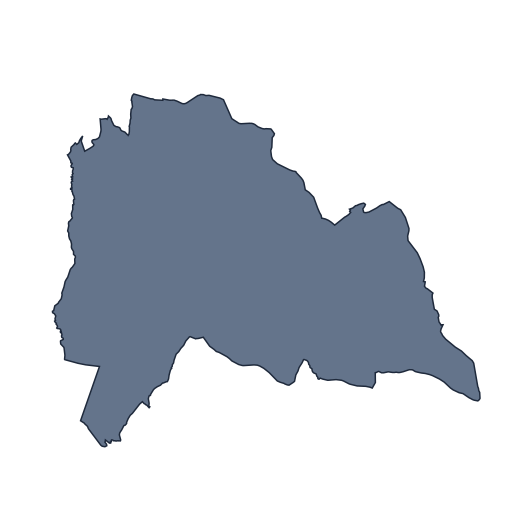 Monor, Bistrita-Nasaud, Romania, rotated 84°
{"feature_id": "2599482B75795302665340", "entity_name": "Monor", "entity_type": "district", "adm_level": 2, "iso_a3": "ROU", "parent_name": "Romania", "parent_adm1": "Bistrita-Nasaud", "projection": "orthographic", "projection_center": [24.705, 46.949], "detail": "fine", "context": "isolated", "style": "filled", "palette": "slate", "viewbox_px": 512, "rotation_deg": 84, "n_neighbors": 0, "source": "geoboundaries", "source_scale": "gbopen_adm2", "svg_char_len": 6090}
<svg xmlns="http://www.w3.org/2000/svg" viewBox="0 0 512 512"><g transform="rotate(84 256 256)"><path d="M392.4,381.2L392.9,380.2L395.7,378.2L395.7,377.9L394.8,377.4L394.4,378.3L391.3,377.7L386.8,378.0L384.9,377.4L383.7,376.7L383.8,376.1L383.3,375.4L382.6,375.3L380.9,374.0L378.3,372.0L377.2,370.7L375.6,367.7L374.5,364.5L372.6,362.3L372.6,361.3L371.7,358.5L371.7,357.4L371.1,356.9L369.1,355.8L365.4,354.9L360.9,353.2L359.5,352.3L358.9,351.6L358.2,351.9L356.9,350.8L355.4,350.6L353.8,349.2L351.1,348.4L345.3,345.7L343.0,342.8L340.1,340.5L337.3,337.3L333.2,334.7L329.5,330.7L329.3,330.0L332.1,324.6L331.9,324.1L332.0,322.3L331.3,316.9L340.9,311.5L344.5,307.5L346.8,305.5L348.0,302.8L353.1,295.4L355.3,293.1L357.8,291.0L362.1,284.6L363.5,281.0L363.7,279.6L364.1,269.4L364.7,266.1L365.8,263.8L368.5,260.0L373.4,255.0L382.5,247.9L384.1,245.1L385.6,241.5L386.2,240.8L387.5,238.3L387.9,236.6L385.6,232.2L384.7,230.8L378.4,228.8L374.8,226.3L371.4,224.8L367.0,221.3L364.1,219.6L363.9,219.1L365.2,216.4L366.1,215.6L367.6,214.9L369.1,214.9L370.5,214.0L372.5,213.9L374.0,212.2L376.1,212.1L377.2,211.7L378.3,210.8L379.6,208.5L381.8,208.1L383.1,207.2L384.2,207.3L384.9,206.9L385.1,206.1L384.2,204.9L385.4,202.5L387.1,197.6L387.3,189.3L388.5,184.0L389.4,182.1L393.0,176.6L393.5,175.4L395.8,169.0L397.1,160.4L398.4,156.3L399.5,154.2L394.3,150.5L384.5,149.6L384.4,148.4L383.8,147.1L383.6,146.0L385.3,143.3L385.5,141.4L385.0,136.6L386.1,132.3L386.3,130.5L386.2,128.8L386.8,126.6L386.9,125.1L386.5,121.9L385.1,115.5L385.4,113.1L385.6,112.2L387.5,109.8L388.0,108.6L389.6,103.9L390.5,100.0L392.1,95.6L393.5,92.8L397.6,86.3L401.1,82.0L407.7,76.3L409.8,73.9L413.2,68.3L414.5,64.5L419.1,59.1L421.5,55.5L422.2,54.1L423.3,50.5L422.2,48.9L421.0,48.1L415.1,47.8L413.1,48.5L410.8,48.6L409.1,49.1L385.3,50.7L382.7,51.9L377.0,57.4L372.0,61.6L367.5,67.3L358.5,76.1L354.5,78.8L352.4,79.5L351.3,80.2L350.0,80.3L347.8,79.5L343.9,77.2L343.8,78.7L344.1,79.1L340.6,80.9L336.0,81.2L335.0,80.5L333.6,80.4L329.6,81.7L327.6,84.2L315.8,85.1L312.9,84.8L311.4,83.9L306.4,89.1L306.1,90.0L303.8,91.6L299.4,90.4L298.9,92.1L295.4,90.9L289.8,90.2L284.3,90.9L275.8,93.1L269.6,95.3L256.6,103.2L252.0,103.1L246.9,101.3L244.6,101.0L233.3,103.4L225.1,107.3L223.4,110.0L215.8,117.8L218.1,123.9L218.0,125.1L218.9,127.5L220.9,131.1L224.1,139.1L224.4,142.1L224.1,143.7L223.6,144.4L220.3,144.8L217.8,142.6L216.1,141.8L214.7,143.3L215.0,146.0L215.7,149.1L216.2,149.8L216.4,151.8L218.4,154.7L219.2,158.1L220.2,157.3L221.4,158.2L222.5,157.3L224.4,159.3L226.0,162.2L226.6,163.7L233.5,174.5L230.3,177.6L228.2,180.1L226.5,183.0L225.4,186.0L225.3,186.7L222.3,187.0L219.6,188.2L214.8,189.7L203.6,192.5L198.3,196.6L195.3,200.1L188.1,200.7L185.6,201.4L183.3,202.7L177.2,207.3L176.5,207.4L176.0,208.1L175.4,210.4L173.9,213.5L166.5,225.2L161.8,229.4L158.7,230.2L152.7,230.3L149.6,228.9L140.0,227.5L138.0,225.6L136.3,224.9L131.4,227.7L131.1,228.4L130.4,232.8L130.5,234.5L129.9,236.5L127.8,240.5L125.0,243.5L124.1,245.1L123.6,246.5L123.3,249.1L122.9,257.1L122.3,259.1L116.9,265.7L97.2,272.0L95.2,275.2L91.3,285.9L91.2,289.1L90.0,291.5L89.6,294.2L90.1,295.2L90.4,297.1L96.3,308.5L96.9,310.0L97.1,311.7L96.7,313.5L93.7,318.4L92.4,321.2L92.1,325.4L90.1,332.2L91.4,332.4L90.1,340.5L89.0,342.1L88.6,344.4L82.1,360.6L83.5,362.1L85.2,362.9L88.1,363.8L89.1,363.2L89.7,363.4L94.5,363.2L96.4,364.0L97.1,364.8L101.9,365.8L105.8,366.0L107.7,366.9L110.8,367.4L113.9,368.6L114.4,368.4L119.3,369.0L121.6,369.7L122.6,370.5L122.1,370.7L121.7,371.4L119.1,373.4L117.6,376.3L116.7,377.2L114.4,378.0L113.9,378.6L113.1,380.2L112.7,381.7L111.2,383.7L106.3,385.5L104.4,385.8L103.4,386.3L101.4,388.1L102.5,388.4L104.5,389.8L103.9,390.4L103.7,391.3L103.8,395.5L103.4,396.7L113.9,396.9L115.7,397.2L119.8,398.7L121.3,399.3L122.6,400.9L123.4,403.2L123.4,405.6L123.7,406.6L124.5,407.2L126.0,407.1L128.0,405.7L128.6,405.6L129.7,406.4L131.5,409.8L133.9,415.4L123.4,417.8L118.5,415.8L120.8,418.0L122.8,419.5L124.8,420.4L126.3,422.6L124.7,423.8L125.1,424.6L125.9,425.1L128.5,428.5L130.6,429.1L131.9,429.1L133.2,429.7L135.3,431.8L135.7,432.9L142.2,430.2L143.4,430.4L144.1,430.2L144.4,429.3L144.9,429.1L147.0,430.6L147.9,430.5L148.5,430.2L149.2,428.5L150.6,428.7L152.0,429.5L154.1,429.8L155.0,429.3L156.0,430.4L158.1,430.0L158.2,430.8L158.0,431.3L158.1,431.6L160.2,430.3L160.5,430.5L160.3,431.1L160.6,431.4L162.4,430.6L162.7,431.5L163.2,432.0L164.0,432.1L165.3,431.6L167.2,432.1L169.2,431.8L169.4,432.0L169.0,432.3L169.1,432.8L169.7,433.4L170.3,433.4L170.5,432.4L171.1,432.1L172.6,432.3L172.8,432.0L175.7,431.6L177.4,430.8L180.5,430.5L180.8,431.3L181.9,431.8L185.7,431.8L186.1,432.2L185.9,432.8L186.2,433.0L190.6,433.4L194.6,435.2L197.4,435.1L198.6,434.6L199.2,434.8L200.6,436.3L201.7,437.3L202.3,438.5L203.7,439.1L206.5,439.1L211.4,440.7L213.6,439.8L216.5,440.1L219.4,439.7L221.7,438.6L224.8,438.2L228.0,438.7L229.5,438.4L232.4,437.0L235.3,437.3L237.2,435.7L238.7,435.8L240.0,436.6L244.5,436.9L247.9,439.8L248.7,440.9L250.0,442.1L257.3,445.4L260.1,447.6L261.5,448.5L266.7,450.2L272.6,453.0L274.4,452.9L278.1,454.1L281.4,457.2L282.3,457.6L284.5,461.3L289.1,462.9L289.7,464.2L291.1,464.2L292.4,462.5L294.7,461.4L297.6,462.5L299.0,462.1L299.7,463.1L301.3,462.4L302.0,461.5L303.0,461.9L304.3,460.9L305.4,460.8L306.8,461.7L307.3,461.3L307.9,458.7L309.3,457.8L310.8,458.5L311.5,458.4L311.1,457.6L314.2,457.2L315.1,457.8L316.2,457.7L316.7,457.6L317.5,456.5L317.9,456.3L318.8,456.4L319.9,459.2L320.6,459.4L323.1,459.4L326.8,456.6L327.7,456.5L334.8,456.4L338.7,457.2L339.1,457.0L344.1,444.2L346.4,436.8L349.5,423.2L401.5,447.7L404.3,444.2L405.1,443.8L407.8,441.4L410.3,440.7L427.8,430.2L429.1,428.9L429.9,426.2L429.1,424.2L427.6,424.3L425.3,425.7L424.9,425.4L423.2,425.0L426.7,421.4L426.9,420.6L426.6,419.9L425.7,420.3L425.3,419.2L424.5,419.3L423.8,418.9L424.0,417.8L424.9,416.9L425.0,415.5L425.4,414.6L425.3,413.2L425.7,410.2L424.8,409.8L419.6,410.6L417.6,410.0L414.8,407.7L411.1,405.3L410.7,404.8L410.6,403.9L409.6,402.7L408.8,402.1L407.9,402.1L404.2,400.0L401.2,397.7L399.6,395.4L391.1,387.2L389.0,384.2L391.1,382.7L391.7,381.7L392.4,381.2Z" fill="#64748b" stroke="#1e293b" stroke-width="1.5"/></g></svg>